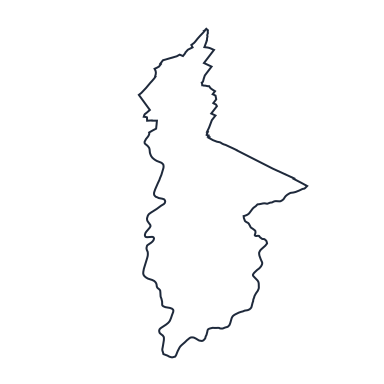 Ouder-Amstel, Noord-Holland, Netherlands, rotated 331°
{"feature_id": "6326949B48835479136340", "entity_name": "Ouder-Amstel", "entity_type": "district", "adm_level": 2, "iso_a3": "NLD", "parent_name": "Netherlands", "parent_adm1": "Noord-Holland", "projection": "robinson", "projection_center": [4.919, 52.295], "detail": "fine", "context": "isolated", "style": "outline", "palette": "slate", "viewbox_px": 384, "rotation_deg": 331, "n_neighbors": 0, "source": "geoboundaries", "source_scale": "gbopen_adm2", "svg_char_len": 6021}
<svg xmlns="http://www.w3.org/2000/svg" viewBox="0 0 384 384"><g transform="rotate(331 192 192)"><path d="M88.4,319.9L91.3,323.3L92.2,324.8L92.7,325.4L93.7,326.4L94.3,326.9L94.7,327.1L96.6,327.6L97.5,327.8L99.1,326.9L100.9,325.4L102.4,324.2L105.7,322.0L106.9,321.4L108.6,320.9L113.2,319.9L115.7,319.2L119.1,318.6L120.1,318.6L120.8,318.8L121.8,319.3L122.4,319.7L123.1,320.3L124.3,322.0L126.0,325.0L126.4,325.5L128.3,327.0L128.9,327.2L129.5,327.3L130.4,327.2L131.9,326.7L132.6,326.4L133.9,325.0L135.4,324.0L137.4,321.9L138.6,320.5L139.3,320.0L140.0,319.9L140.5,319.9L141.7,320.1L144.2,320.8L145.8,321.8L149.5,323.8L149.9,324.1L150.3,324.8L150.6,325.1L152.3,326.1L152.8,326.3L155.3,326.6L157.7,327.2L158.5,327.1L160.3,326.5L160.7,326.2L162.1,325.0L165.5,321.6L166.5,320.9L167.4,320.4L168.7,320.1L170.4,320.0L174.5,320.2L176.8,320.6L178.6,321.1L180.6,321.3L183.0,322.2L183.8,322.4L185.5,322.5L186.8,322.2L187.8,321.8L188.4,321.3L191.4,318.1L192.5,317.2L193.0,316.4L193.7,315.6L195.3,314.3L195.6,313.9L196.0,313.5L196.8,312.9L198.9,311.6L201.6,310.3L203.3,309.0L204.0,308.2L205.9,304.6L206.3,303.5L206.5,302.4L206.4,301.1L204.9,295.4L204.9,294.5L205.2,293.9L206.1,293.3L207.2,292.8L211.0,291.8L213.8,291.4L215.0,291.0L216.3,290.5L217.7,289.6L218.5,288.9L219.0,288.1L219.2,287.6L219.5,284.2L220.1,280.4L220.7,278.7L221.2,277.8L221.4,277.5L222.8,276.5L224.0,275.9L225.6,275.5L230.1,274.5L232.7,273.4L232.8,273.2L233.2,271.6L233.3,270.6L232.6,268.6L232.2,268.1L231.1,267.4L230.8,267.2L230.5,266.8L229.6,264.7L229.4,263.9L229.4,263.2L229.3,262.9L228.5,262.3L226.8,261.6L226.3,261.2L226.0,260.7L226.0,260.4L226.0,260.1L227.6,258.6L228.0,258.0L228.3,257.3L228.5,256.8L228.4,256.1L227.5,254.0L227.1,253.2L226.3,251.7L226.2,251.0L226.3,249.8L226.3,247.1L226.1,246.4L225.4,245.3L224.8,244.3L224.5,243.7L224.3,243.0L224.3,242.6L224.5,241.8L224.7,240.1L225.0,239.3L225.5,238.1L226.1,238.3L228.0,238.6L229.2,238.7L230.7,238.6L231.8,238.3L236.7,236.1L237.5,235.8L238.9,235.5L240.9,235.3L242.8,234.7L243.3,234.6L243.6,234.7L244.7,235.2L246.8,235.9L248.5,236.4L249.6,236.9L250.3,237.3L251.9,238.6L252.3,238.8L255.2,239.2L256.8,239.9L259.0,240.0L260.2,240.3L261.2,240.8L264.0,242.6L265.0,243.0L265.8,243.0L266.8,243.0L268.5,242.7L269.3,242.3L271.0,241.4L272.0,241.0L274.0,240.6L276.0,240.5L277.1,240.5L277.9,240.6L280.4,241.6L282.6,242.2L286.5,242.7L290.1,242.9L291.9,243.5L292.8,243.4L295.6,242.6L292.0,236.9L287.3,229.8L287.9,229.6L274.1,210.9L251.4,177.3L251.5,177.2L248.8,173.4L246.0,169.6L244.2,167.1L243.1,166.0L242.0,164.6L240.8,162.4L240.2,161.8L238.2,160.1L235.3,156.6L234.8,155.7L232.9,152.7L233.7,152.4L232.7,151.4L233.9,150.6L232.5,149.2L233.2,148.4L234.9,147.2L234.3,146.7L238.2,143.9L244.2,138.8L249.6,136.5L246.9,132.7L255.4,129.0L255.4,127.3L255.2,126.8L253.9,125.0L253.7,124.6L258.1,122.7L259.2,119.4L259.3,119.1L257.5,116.5L261.0,115.0L259.7,112.7L259.0,111.3L258.6,110.3L258.4,109.3L258.3,107.8L257.1,107.1L254.9,105.2L254.5,105.0L254.2,104.9L253.6,104.4L253.1,103.8L252.7,103.6L253.3,102.2L253.5,101.1L254.2,101.0L255.1,100.8L257.2,98.6L259.7,96.3L269.9,91.8L265.0,85.0L280.1,78.4L277.8,75.3L276.9,74.3L275.8,73.3L273.1,71.3L277.8,67.3L277.8,67.1L278.0,66.9L278.6,66.6L279.1,65.7L279.9,64.6L280.9,63.5L281.1,63.1L281.3,62.3L282.0,61.5L282.8,60.9L283.0,60.5L283.2,60.2L283.3,59.7L284.3,58.3L284.3,58.0L284.0,57.3L283.9,57.3L283.6,56.2L282.5,56.5L281.8,56.9L281.6,56.9L281.7,57.0L278.8,58.1L274.9,59.3L271.2,60.6L267.6,62.1L266.1,62.6L262.7,63.1L262.6,65.8L258.4,65.6L257.3,65.6L256.1,66.0L254.8,66.5L254.0,66.7L253.4,67.2L252.9,67.5L250.0,68.7L247.8,65.9L244.4,65.9L230.5,62.7L226.3,64.5L226.7,65.1L223.9,66.3L221.5,66.3L219.0,66.1L218.9,68.1L218.8,68.6L218.4,69.8L217.8,70.8L217.3,71.5L216.6,72.2L215.8,73.0L216.0,73.4L213.9,74.4L210.7,75.6L208.8,76.2L202.3,78.7L195.7,80.8L192.6,81.3L194.9,99.8L190.7,100.7L188.6,101.0L187.8,101.4L186.3,102.8L187.4,103.6L188.5,104.5L188.8,104.9L187.3,107.9L191.5,109.9L191.7,110.0L191.7,110.3L192.1,110.5L195.9,112.6L193.6,116.0L191.3,119.2L187.3,119.1L183.4,119.2L183.4,119.5L182.4,120.9L180.6,122.1L177.4,123.4L175.0,125.0L174.6,125.6L174.3,126.3L174.3,126.7L174.4,127.3L175.3,129.5L175.7,130.9L175.9,132.6L175.6,134.0L174.8,135.9L174.2,137.3L173.9,138.8L173.7,140.6L173.9,142.6L174.5,144.4L175.4,146.3L176.3,147.8L179.2,151.3L179.7,152.2L180.2,154.0L179.8,155.3L179.4,156.1L178.7,157.1L173.5,162.2L170.7,164.4L169.4,165.6L166.6,167.6L161.0,171.9L158.9,173.8L158.3,174.5L157.8,175.4L157.6,176.0L157.5,176.6L157.7,177.6L158.0,178.6L159.2,180.0L159.9,181.1L162.8,183.5L163.8,184.6L164.1,185.0L164.2,185.6L164.2,186.5L164.0,187.2L163.6,187.7L162.9,188.4L161.5,188.9L158.3,189.0L153.1,189.7L146.2,190.1L143.8,190.4L143.0,190.7L141.9,191.3L139.9,193.2L139.4,194.2L139.1,195.0L139.0,196.0L139.2,198.0L139.5,200.2L139.5,200.8L139.3,201.4L139.0,201.9L138.4,202.3L137.5,202.8L133.2,204.4L131.8,205.0L130.5,206.1L130.0,206.7L129.7,207.3L129.6,207.8L129.6,208.5L129.8,208.9L130.3,209.4L131.1,209.9L135.2,211.8L135.9,212.3L136.3,212.9L136.4,213.4L136.3,213.8L136.2,214.3L135.8,214.7L135.2,215.3L134.5,215.7L133.6,216.1L131.9,216.5L127.5,216.9L127.0,217.0L126.5,217.3L125.5,218.4L125.0,219.0L124.7,219.7L124.5,220.4L124.4,220.9L124.2,223.0L123.5,224.5L123.1,225.2L122.3,226.4L120.9,227.9L112.7,235.8L110.8,238.1L110.2,239.0L109.8,239.7L109.5,240.8L109.5,241.2L109.6,242.5L110.0,243.6L110.4,244.6L111.4,246.3L112.5,247.5L114.5,249.6L115.8,251.5L116.3,253.0L116.4,254.5L116.1,255.9L115.5,257.3L115.3,258.4L115.4,259.4L116.1,261.0L116.3,261.8L116.4,262.6L116.3,263.0L115.6,264.6L114.0,267.9L113.8,268.5L113.5,270.6L112.7,273.4L111.2,276.3L111.1,276.9L111.2,277.3L111.5,278.0L112.3,279.1L113.0,279.9L116.5,282.7L117.9,284.3L118.4,285.7L118.4,286.0L118.2,286.7L117.4,287.8L114.9,289.9L112.5,292.1L110.2,293.9L108.7,294.6L107.4,295.0L105.0,295.4L101.1,295.7L99.5,295.8L98.1,296.0L97.0,296.4L96.1,297.3L95.6,298.4L95.4,299.7L96.0,301.4L96.9,303.4L97.0,305.2L96.6,306.2L95.6,307.9L92.7,311.6L91.0,313.7L89.8,315.1L89.2,316.4L88.9,318.1L88.4,319.9Z" fill="none" stroke="#1e293b" stroke-width="2"/></g></svg>